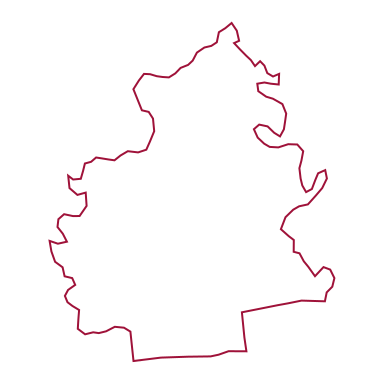 Pinhalzinho, Santa Catarina, Brazil (Equal Earth projection)
{"feature_id": "56859067B38022079908277", "entity_name": "Pinhalzinho", "entity_type": "district", "adm_level": 2, "iso_a3": "BRA", "parent_name": "Brazil", "parent_adm1": "Santa Catarina", "projection": "equal_earth", "projection_center": [-52.972, -26.82], "detail": "fine", "context": "isolated", "style": "outline", "palette": "rose", "viewbox_px": 384, "rotation_deg": 0, "n_neighbors": 0, "source": "geoboundaries", "source_scale": "gbopen_adm2", "svg_char_len": 1842}
<svg xmlns="http://www.w3.org/2000/svg" viewBox="0 0 384 384"><path d="M299.5,253.3L293.7,251.8L293.8,240.0L288.8,236.2L280.9,229.2L285.5,217.2L293.2,209.7L299.1,206.3L307.9,204.4L315.8,195.6L322.2,188.1L326.9,178.5L325.2,170.1L318.1,173.3L315.3,180.0L311.9,189.0L306.1,192.1L302.3,185.5L300.6,178.5L299.4,168.2L301.4,160.7L303.2,151.2L297.3,144.5L288.2,144.2L278.3,147.4L269.7,146.9L264.2,143.7L257.7,137.6L253.9,129.2L259.2,124.6L267.6,126.4L274.2,132.8L280.0,136.4L283.9,129.3L285.0,122.1L286.2,113.6L282.4,104.1L272.9,98.7L266.2,96.7L258.3,91.2L257.3,83.7L264.4,82.5L270.8,83.7L278.7,84.5L279.1,73.9L273.0,76.5L267.3,73.1L264.4,65.6L260.1,61.2L255.0,66.1L250.9,60.1L246.2,55.7L240.0,49.4L234.1,43.1L239.1,40.8L236.8,30.7L231.6,23.0L225.3,28.2L218.9,32.2L216.8,42.3L211.3,45.9L204.4,47.5L196.9,52.6L192.7,60.6L188.1,64.9L180.6,67.9L175.3,73.4L168.9,77.4L162.7,77.0L156.8,76.2L150.1,74.2L144.0,73.9L138.9,80.5L133.4,89.2L141.9,110.3L148.7,111.9L153.0,118.6L154.2,131.2L150.0,141.4L146.3,149.7L138.1,152.4L127.8,151.2L120.5,155.5L114.5,160.3L108.7,159.5L101.9,158.4L96.1,157.5L91.1,161.8L84.9,163.5L83.1,170.8L80.8,178.8L73.1,179.5L68.2,175.7L69.5,188.1L77.4,194.9L85.7,192.6L86.6,205.9L79.6,216.0L73.1,216.1L64.1,214.2L58.4,219.2L57.5,227.0L62.8,233.7L66.9,241.7L57.9,243.7L49.6,240.9L51.4,251.4L55.1,261.8L62.6,267.3L64.6,276.3L72.2,278.1L75.2,284.9L68.1,289.9L64.9,295.9L67.5,302.2L72.5,306.0L79.1,310.0L78.4,319.0L77.8,328.8L85.1,334.3L93.2,332.3L98.8,333.1L106.1,331.3L114.8,326.8L124.0,327.7L130.4,331.6L133.5,361.0L161.0,357.6L187.9,356.7L210.6,356.4L218.6,354.7L228.6,351.2L246.4,351.3L244.4,337.5L241.9,312.3L261.1,308.5L277.7,305.2L288.2,303.3L301.5,300.6L324.9,301.3L326.7,292.4L332.3,286.7L334.4,278.1L330.2,269.6L323.5,267.1L315.0,276.2L308.3,266.8L303.8,261.3L299.5,253.3Z" fill="none" stroke="#9f1239" stroke-width="2"/></svg>